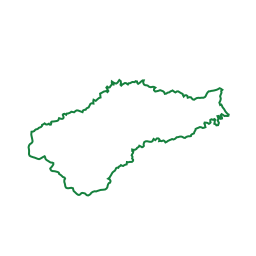 Lajeado Novo, Maranhão, Brazil, rotated 159°
{"feature_id": "56859067B63412664256610", "entity_name": "Lajeado Novo", "entity_type": "district", "adm_level": 2, "iso_a3": "BRA", "parent_name": "Brazil", "parent_adm1": "Maranhão", "projection": "mercator", "projection_center": [-46.964, -6.103], "detail": "fine", "context": "isolated", "style": "outline", "palette": "green", "viewbox_px": 256, "rotation_deg": 159, "n_neighbors": 0, "source": "geoboundaries", "source_scale": "gbopen_adm2", "svg_char_len": 5089}
<svg xmlns="http://www.w3.org/2000/svg" viewBox="0 0 256 256"><g transform="rotate(159 128 128)"><path d="M96.6,161.8L97.5,162.9L97.6,164.8L97.1,165.7L96.2,166.8L97.3,167.2L99.1,166.7L100.8,166.0L102.7,165.6L103.2,167.0L102.9,168.2L104.2,169.0L105.3,168.4L107.4,169.4L108.6,169.3L109.9,169.1L111.5,169.5L112.5,168.7L113.8,170.6L114.8,171.1L117.7,170.6L119.1,170.0L119.5,171.0L118.5,172.4L118.0,174.3L118.9,175.9L120.5,174.8L121.5,174.1L123.0,173.7L124.1,174.4L124.9,175.2L125.9,173.8L127.0,175.0L128.1,174.1L129.5,173.3L130.4,172.5L131.8,172.7L132.6,174.1L133.7,173.5L133.1,169.6L134.3,168.9L135.1,170.3L137.6,170.7L139.1,170.4L141.7,170.1L142.7,166.3L144.3,166.4L145.9,165.9L148.4,164.9L150.0,166.7L150.8,165.5L151.5,163.2L153.0,164.1L154.4,164.0L156.3,162.3L157.4,161.3L158.7,161.3L159.8,161.1L161.0,160.2L162.2,160.6L163.6,160.5L164.8,159.1L165.8,160.0L167.4,161.4L168.3,162.2L169.5,162.8L170.7,162.7L172.7,162.0L174.1,162.9L175.1,163.5L176.3,163.1L178.5,163.0L180.1,163.4L181.0,162.5L182.2,164.0L183.3,164.2L184.2,163.6L184.2,161.2L185.0,160.2L186.1,160.1L187.3,160.6L188.8,161.9L190.1,160.4L191.1,160.0L192.2,160.1L193.6,160.4L195.3,160.8L196.7,161.3L197.8,160.9L198.0,159.8L198.9,158.8L200.0,159.3L200.3,160.4L201.9,160.2L203.2,160.6L204.2,162.2L205.5,161.8L207.1,161.7L207.6,160.7L209.0,160.1L210.1,160.1L211.3,160.1L212.2,159.6L213.3,159.5L214.5,159.7L215.6,159.4L216.6,158.8L217.9,158.7L219.4,159.1L220.1,157.7L220.7,156.4L221.0,154.6L221.4,151.9L221.8,149.9L222.6,148.9L224.1,148.3L225.3,148.1L226.6,147.2L227.7,145.7L228.2,143.3L228.6,141.9L229.8,139.1L229.8,137.4L228.9,136.3L226.9,134.6L225.9,133.9L223.4,131.6L222.2,130.8L220.9,130.8L217.4,131.4L216.0,131.5L215.8,130.4L216.1,129.3L215.9,128.1L215.2,126.9L214.0,125.4L213.3,124.3L212.4,123.4L211.1,122.8L210.3,122.0L210.8,120.7L212.7,119.3L215.1,118.1L215.2,117.0L214.8,115.6L213.7,114.7L212.7,114.3L211.6,113.7L210.8,113.1L209.4,112.1L208.6,111.1L208.8,109.9L208.1,108.9L207.2,107.5L206.4,105.7L205.0,104.4L204.9,103.2L206.0,102.4L206.8,100.5L206.9,98.8L207.1,97.5L207.4,96.2L207.3,94.6L206.6,93.8L205.5,93.2L203.7,92.8L202.4,92.5L201.0,91.5L201.2,90.0L201.3,88.6L200.5,87.1L199.9,85.8L199.3,84.6L198.4,83.4L197.3,83.0L196.3,83.2L194.8,83.9L193.7,83.7L191.7,82.4L190.6,80.1L189.4,79.3L187.7,79.5L186.6,79.9L185.5,80.6L183.9,81.0L181.8,80.9L180.5,80.2L179.1,80.2L177.7,80.1L175.8,80.0L173.4,79.3L171.4,78.8L169.7,79.2L168.4,80.2L167.7,81.4L166.8,82.5L165.7,83.4L164.3,83.4L163.3,84.7L163.4,86.4L164.7,87.8L163.0,88.3L161.8,89.3L160.8,90.0L159.8,90.9L158.4,92.0L157.0,92.5L155.5,92.9L154.5,93.7L153.6,94.7L152.2,94.9L151.3,94.3L150.3,95.2L149.1,95.3L147.9,95.9L147.1,94.9L146.1,94.3L145.0,94.6L143.5,94.7L142.3,94.5L141.8,95.4L141.2,96.6L140.0,95.9L138.4,95.7L137.3,95.2L136.3,95.0L135.0,95.6L134.6,96.6L135.1,98.0L134.5,98.8L134.1,99.8L134.4,101.2L133.2,102.3L132.3,102.9L131.5,104.1L132.3,105.0L131.8,106.4L130.5,105.5L129.0,105.2L127.5,105.5L126.6,106.2L124.8,106.5L123.8,107.4L122.6,106.1L121.8,105.0L120.8,105.0L119.6,105.6L119.3,107.1L118.6,108.2L117.7,109.1L116.0,109.2L114.7,108.7L113.7,108.0L112.4,107.2L111.3,106.8L109.9,106.9L108.9,107.9L108.0,108.6L106.9,106.9L105.8,107.4L104.7,107.9L103.3,107.3L102.7,105.9L103.6,104.6L102.5,104.4L101.4,103.7L100.3,103.7L99.3,103.6L98.6,102.7L98.2,101.1L96.9,101.2L95.4,101.6L93.3,101.8L91.9,101.8L90.8,101.9L89.7,101.0L88.3,101.0L87.2,101.3L86.0,101.9L84.4,101.5L82.8,101.4L81.5,101.0L80.4,100.2L79.5,99.0L78.3,98.3L76.7,98.8L74.8,98.7L73.5,98.2L72.2,97.9L71.4,99.0L70.1,99.3L68.4,99.3L67.3,100.7L65.9,101.7L65.3,102.8L64.1,103.0L62.6,103.0L60.5,103.1L59.2,102.3L58.2,101.2L56.7,101.0L55.4,101.0L55.2,102.6L55.0,103.6L55.2,104.7L54.5,105.6L53.0,104.9L51.9,104.2L51.0,102.9L49.8,103.1L48.9,103.6L48.8,104.8L48.2,106.1L46.9,106.2L45.6,105.1L44.2,105.4L43.6,104.6L44.4,103.6L45.1,102.2L45.9,101.0L44.8,100.0L44.5,98.8L42.9,98.4L42.0,99.4L41.3,100.2L41.4,101.3L41.6,103.1L40.4,103.7L40.2,105.2L40.2,107.0L39.0,106.8L38.8,104.8L38.1,103.3L36.8,103.2L36.5,104.4L36.9,105.7L36.7,106.8L35.6,107.4L34.5,106.0L33.6,104.6L32.3,104.3L31.0,103.6L29.9,103.4L29.2,104.5L29.9,105.3L30.4,106.5L30.9,107.8L31.2,108.9L31.5,111.1L32.3,113.6L32.3,114.9L32.5,116.4L33.7,116.4L33.6,119.0L32.5,119.9L31.5,121.1L30.9,122.1L30.7,123.4L30.6,124.7L28.1,127.4L27.8,129.1L26.2,129.8L27.2,131.3L28.2,132.3L30.0,132.0L31.4,131.9L32.6,132.0L34.3,132.2L35.8,132.5L37.0,132.8L38.4,132.9L39.5,133.3L40.7,132.8L41.9,132.0L43.2,130.8L44.0,130.0L44.9,129.4L46.6,129.2L48.8,130.0L50.1,130.3L51.5,131.0L53.1,131.3L54.5,131.1L56.1,130.7L57.1,131.3L57.9,132.8L58.1,133.9L59.3,134.7L61.4,134.9L61.1,136.7L62.0,137.8L63.4,138.1L64.7,137.4L64.9,138.7L64.8,140.3L65.8,141.3L66.9,142.7L68.0,144.2L69.2,144.6L71.0,144.2L71.7,145.0L72.3,146.1L73.0,147.1L74.0,146.9L75.2,147.0L76.5,146.5L78.4,146.8L79.9,146.4L81.4,146.7L81.4,148.3L82.0,149.6L83.4,150.9L84.5,151.8L86.2,151.8L87.9,152.0L89.5,152.3L90.2,153.9L89.7,155.1L88.0,155.9L89.1,157.1L90.2,157.6L92.1,157.9L93.5,158.9L94.4,160.5L95.2,161.1L96.6,161.8ZM127.0,175.0L125.7,176.2L126.4,177.2L126.9,176.1L127.0,175.0Z" fill="none" stroke="#15803d" stroke-width="2"/></g></svg>